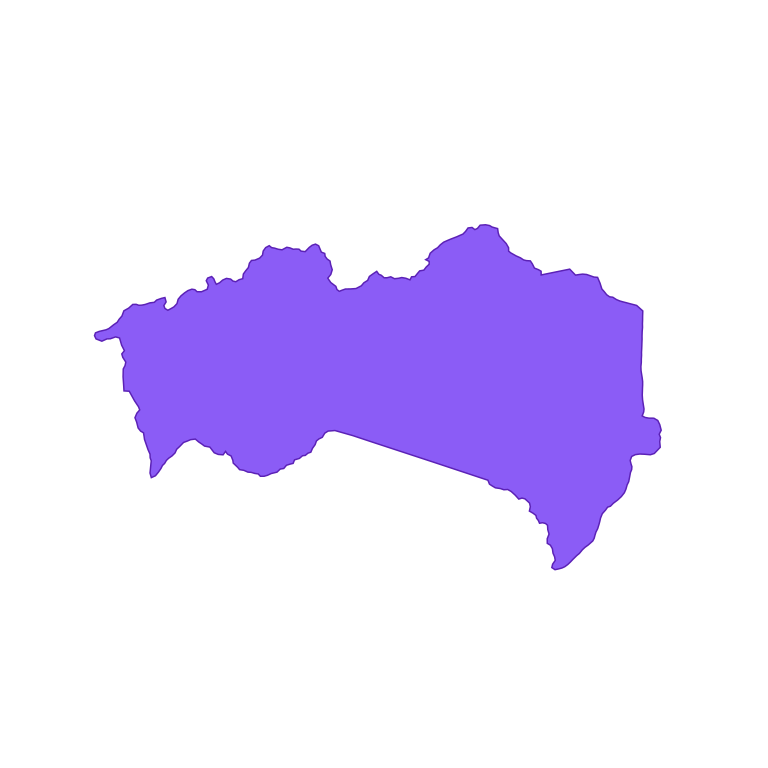 Jacaraci, Bahia, Brazil (Robinson projection), rotated 37°
{"feature_id": "56859067B69691333207758", "entity_name": "Jacaraci", "entity_type": "district", "adm_level": 2, "iso_a3": "BRA", "parent_name": "Brazil", "parent_adm1": "Bahia", "projection": "robinson", "projection_center": [-42.339, -14.806], "detail": "fine", "context": "isolated", "style": "filled", "palette": "violet", "viewbox_px": 768, "rotation_deg": 37, "n_neighbors": 0, "source": "geoboundaries", "source_scale": "gbopen_adm2", "svg_char_len": 4994}
<svg xmlns="http://www.w3.org/2000/svg" viewBox="0 0 768 768"><g transform="rotate(37 384 384)"><path d="M381.2,191.5L378.2,192.7L375.8,193.6L373.0,193.9L369.3,195.7L365.2,199.3L365.0,203.5L363.7,206.0L360.1,206.0L357.2,208.8L357.3,213.1L356.8,216.8L355.3,219.4L353.6,222.5L351.6,225.7L350.1,228.1L348.3,231.2L346.3,234.8L345.2,239.0L344.8,242.9L343.2,246.8L342.2,251.8L343.7,256.5L342.5,259.6L346.3,258.9L348.0,261.2L347.3,265.3L347.3,269.1L344.4,272.2L344.2,275.6L344.1,279.5L341.5,281.8L342.1,285.2L337.8,286.4L334.1,288.3L332.1,290.7L329.0,293.6L324.9,294.3L322.5,297.3L320.2,299.1L316.4,298.8L313.8,299.5L310.4,298.4L308.9,302.7L307.6,306.9L308.6,311.1L307.0,315.3L306.8,319.2L304.2,324.6L300.2,328.1L296.0,331.4L294.0,334.4L292.5,336.9L289.6,336.9L286.8,335.0L283.2,335.0L280.4,335.0L275.4,333.3L275.6,328.6L273.9,323.9L269.6,320.8L266.9,318.3L263.3,318.4L260.2,317.5L258.1,315.4L254.6,316.4L252.2,315.0L248.6,312.9L245.1,313.5L243.1,316.4L242.1,319.9L241.4,325.7L237.8,327.8L235.0,327.5L232.6,329.1L230.4,331.0L227.0,331.9L224.1,333.3L221.8,338.2L218.3,340.1L214.9,341.3L212.2,342.7L209.1,342.6L207.4,346.3L207.5,350.5L209.4,354.2L208.9,358.3L206.4,362.7L203.8,365.1L203.8,368.5L205.6,372.6L205.4,377.1L205.5,380.8L207.8,384.9L205.5,387.9L204.1,391.5L201.4,392.7L198.4,392.5L194.6,394.5L192.6,398.1L191.8,402.0L190.1,405.3L187.3,404.0L184.7,402.4L181.7,401.9L179.4,405.5L179.9,408.5L184.2,410.7L185.8,414.7L184.3,417.4L182.7,420.2L179.2,422.8L176.2,422.5L173.5,423.9L171.2,427.4L169.9,431.2L168.8,435.8L168.6,440.2L170.3,444.4L169.8,448.9L168.6,451.7L167.0,455.2L163.6,455.5L161.0,453.9L160.6,449.6L157.0,446.8L154.6,449.7L151.9,453.8L151.4,457.0L148.2,460.1L145.4,464.2L143.1,466.8L140.8,468.7L138.2,469.5L135.5,471.6L134.4,477.1L132.2,482.1L133.8,487.4L133.5,491.7L133.8,495.3L132.4,499.5L130.9,505.3L129.4,508.0L127.3,510.5L124.8,513.5L122.8,516.8L123.7,519.6L126.9,521.3L132.9,519.6L135.6,514.7L138.2,512.6L141.3,507.9L145.1,506.4L151.1,510.9L156.6,513.6L156.5,517.8L159.3,519.9L164.6,521.9L166.1,525.1L166.7,528.9L171.3,535.3L177.8,542.8L180.5,546.0L184.9,543.1L195.0,547.6L201.6,549.9L204.5,551.7L204.2,556.0L205.4,560.8L209.4,563.3L214.1,567.1L218.0,568.1L221.3,567.7L224.0,570.3L226.1,572.4L235.0,578.4L239.3,580.8L241.7,583.7L244.3,585.4L250.7,595.9L254.5,598.8L256.7,594.8L256.9,590.1L256.7,585.6L256.1,582.4L256.6,579.5L256.2,576.0L256.7,572.9L258.0,569.0L258.6,564.8L257.7,560.9L258.4,557.0L259.1,551.3L261.3,547.9L263.0,544.9L266.5,541.5L270.9,541.8L274.6,541.6L278.0,541.6L282.9,539.2L286.5,540.2L289.8,541.1L294.0,540.0L298.1,537.4L298.0,533.2L301.2,534.2L305.2,533.5L309.2,535.9L311.2,537.9L313.9,538.2L317.3,538.6L320.2,539.3L324.0,537.3L328.3,536.3L331.1,534.5L334.6,533.2L337.7,531.5L340.8,532.1L343.8,529.8L345.9,527.0L347.8,523.4L351.6,518.8L352.3,514.4L354.8,511.8L355.0,507.6L357.3,504.4L359.2,502.1L358.2,498.4L361.2,494.4L362.1,490.3L364.1,488.4L364.9,485.0L366.6,482.5L365.6,478.4L365.5,473.9L364.3,470.1L365.1,467.0L366.8,463.7L366.3,458.9L367.7,455.2L369.9,453.3L372.8,450.7L390.1,444.0L409.1,437.6L469.8,416.9L524.9,398.3L528.5,400.5L531.6,400.3L535.4,399.9L539.8,397.5L543.4,396.3L546.3,393.8L550.2,393.3L555.7,393.8L560.9,394.8L562.8,392.1L565.6,390.9L569.2,391.2L571.9,391.5L574.7,393.9L576.6,398.0L580.7,397.5L584.4,397.5L586.7,399.4L589.4,400.1L592.0,401.6L594.1,399.4L596.9,398.2L599.6,398.4L602.5,401.8L606.1,404.5L607.5,409.4L610.3,413.0L613.9,412.6L617.6,414.2L620.8,417.4L624.2,419.3L626.9,421.8L627.1,426.4L628.5,429.6L632.3,429.4L634.8,426.5L636.9,423.8L638.3,421.2L639.4,417.6L640.0,414.0L640.4,410.4L641.2,405.0L642.0,401.6L642.2,397.0L642.8,393.5L644.0,389.6L645.2,383.7L644.7,380.7L643.5,377.8L642.4,374.8L641.7,370.9L640.1,366.5L639.0,363.8L637.6,360.7L636.4,356.2L636.8,351.3L636.7,347.8L638.4,345.3L638.9,341.3L640.4,336.1L641.3,331.1L641.4,326.2L640.5,322.4L638.9,318.3L638.2,314.7L636.3,310.8L634.1,306.4L633.3,303.3L631.7,300.8L629.3,299.1L626.6,296.9L625.4,292.8L627.2,289.2L630.4,286.0L634.5,283.2L639.3,280.2L641.7,276.8L642.2,272.7L642.7,268.3L638.8,264.0L637.1,260.4L634.0,258.5L633.2,254.1L628.7,250.5L624.7,248.4L620.1,248.9L616.2,251.8L612.6,253.6L609.4,254.1L608.2,250.0L606.7,247.5L603.8,244.7L600.1,241.1L596.9,237.4L594.6,234.1L592.9,231.7L591.2,229.2L589.1,226.4L586.5,223.7L584.2,221.5L581.3,218.7L578.7,215.5L576.5,211.9L574.5,209.2L572.5,206.2L570.5,203.6L568.9,201.2L567.1,198.6L565.2,195.9L563.2,193.0L561.2,190.4L558.8,187.0L556.4,183.2L554.1,180.3L552.1,177.4L549.8,174.3L546.7,169.9L538.5,169.2L535.8,170.3L531.5,172.1L528.5,173.3L525.4,174.6L522.3,175.8L518.8,176.7L514.5,177.0L511.7,178.6L508.1,178.7L504.3,177.7L500.8,177.0L495.9,173.5L492.8,171.7L490.4,170.3L487.4,172.2L483.3,173.5L479.9,174.6L476.5,176.7L474.1,179.0L471.4,181.8L463.2,180.5L443.9,202.3L441.6,199.4L438.7,199.7L434.4,200.9L430.2,198.8L426.8,197.6L423.4,199.8L420.8,200.9L417.1,201.1L412.4,202.2L406.3,203.0L403.6,202.9L401.5,200.2L397.1,198.3L386.9,196.4L384.2,194.5L381.2,191.5Z" fill="#8b5cf6" stroke="#5b21b6" stroke-width="1.5"/></g></svg>